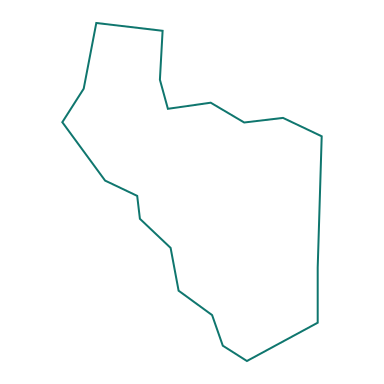 Paranaque, Robinson projection
{"feature_id": "PHL-5555", "entity_name": "Paranaque", "entity_type": "Highly Urbanized City", "adm_level": 1, "iso_a3": "PHL", "parent_name": "Philippines", "parent_adm1": "", "projection": "robinson", "projection_center": [121.013, 14.486], "detail": "fine", "context": "isolated", "style": "outline", "palette": "teal", "viewbox_px": 384, "rotation_deg": 0, "n_neighbors": 0, "source": "natural_earth", "source_scale": "10m", "svg_char_len": 371}
<svg xmlns="http://www.w3.org/2000/svg" viewBox="0 0 384 384"><path d="M62.3,122.2L83.7,88.7L96.3,23.0L162.6,30.8L159.9,79.7L167.9,108.8L210.7,102.7L244.2,122.5L283.0,117.9L321.7,136.3L317.7,267.7L317.7,322.7L246.9,361.0L222.8,345.7L212.1,315.1L178.6,290.7L170.6,247.9L139.9,218.8L137.2,195.9L105.1,180.6L62.3,122.2Z" fill="none" stroke="#0f766e" stroke-width="2"/></svg>